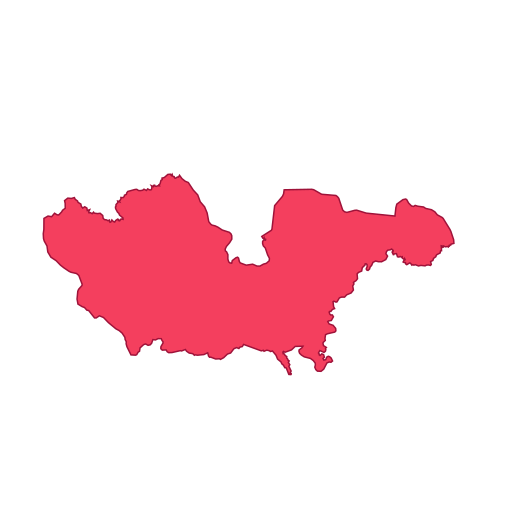 outline of Nong Muang Khai, Phrae, Thailand, rotated 335°
{"feature_id": "78962969B85613240213831", "entity_name": "Nong Muang Khai", "entity_type": "district", "adm_level": 2, "iso_a3": "THA", "parent_name": "Thailand", "parent_adm1": "Phrae", "projection": "robinson", "projection_center": [100.171, 18.294], "detail": "fine", "context": "isolated", "style": "filled", "palette": "rose", "viewbox_px": 512, "rotation_deg": 335, "n_neighbors": 0, "source": "geoboundaries", "source_scale": "gbopen_adm2", "svg_char_len": 6134}
<svg xmlns="http://www.w3.org/2000/svg" viewBox="0 0 512 512"><g transform="rotate(335 256 256)"><path d="M100.9,292.8L105.0,295.0L106.2,295.0L108.4,293.4L110.2,293.1L112.0,290.3L116.8,288.8L118.8,289.1L120.4,291.3L122.5,291.8L124.5,291.0L127.2,288.2L129.5,289.6L132.3,289.5L135.2,290.9L135.1,293.0L135.5,294.2L134.9,295.6L131.6,297.9L130.7,299.4L130.7,300.5L131.3,301.7L134.8,303.1L135.1,305.3L136.0,306.7L139.0,308.0L147.4,309.8L148.4,310.6L152.5,310.9L152.8,312.9L154.4,315.7L157.4,317.8L158.2,319.9L159.0,319.8L161.1,321.2L167.1,323.3L171.3,323.3L170.7,326.6L171.1,328.1L172.3,328.6L175.9,332.3L179.5,333.7L180.1,334.7L183.7,334.5L188.7,332.8L192.0,333.2L196.8,330.7L199.7,330.8L201.4,332.6L203.0,331.8L205.3,332.3L207.4,330.9L220.7,344.2L222.8,344.6L223.0,345.7L226.0,345.9L228.2,347.6L228.6,348.6L230.8,349.1L232.2,354.4L232.0,358.6L233.9,362.6L233.8,364.6L234.7,366.5L234.9,369.4L235.8,369.8L236.1,370.6L235.7,377.2L237.2,378.1L237.7,378.2L238.2,377.5L237.5,376.4L239.2,375.1L239.2,369.8L240.7,368.8L240.3,366.3L241.7,365.1L241.0,364.3L241.2,363.1L240.7,361.3L241.4,360.1L240.3,358.4L240.4,356.9L239.3,356.0L239.7,355.4L239.7,354.5L240.6,354.1L241.6,355.5L248.5,356.1L253.3,354.5L260.4,357.6L258.8,358.6L255.3,359.4L254.6,360.7L254.4,362.6L255.3,365.0L257.1,367.8L262.0,371.8L263.7,374.9L264.4,378.0L263.8,379.8L262.3,381.6L262.2,384.3L263.0,386.3L266.2,388.0L269.5,387.2L275.1,382.9L277.5,383.0L279.1,384.0L281.0,383.5L281.0,380.2L280.2,378.4L279.1,377.4L277.5,377.5L275.4,379.4L273.5,379.0L273.4,377.2L275.2,376.6L275.6,374.0L274.3,372.5L272.0,373.2L271.5,372.3L271.9,371.5L271.6,370.3L273.9,368.7L276.9,372.1L278.6,371.7L279.7,370.4L280.0,369.0L281.1,368.6L279.3,365.7L279.8,363.5L280.4,362.7L283.1,361.8L283.7,359.8L285.8,356.7L288.0,356.7L295.0,358.2L296.2,358.0L296.9,357.3L297.6,355.3L296.6,351.4L293.6,348.5L293.3,345.8L294.2,345.5L297.0,346.3L300.5,343.8L300.3,341.7L298.7,340.9L298.3,339.7L298.6,337.7L299.5,337.4L300.4,337.9L302.7,336.7L305.0,336.9L304.9,334.8L306.5,330.0L307.5,329.9L309.0,331.6L310.0,331.8L313.9,329.2L316.2,329.4L318.9,330.7L321.8,329.5L326.6,329.7L329.9,328.0L331.0,324.0L332.9,322.8L333.2,321.1L336.3,320.6L338.4,319.5L340.1,314.9L342.1,314.2L345.4,314.3L347.4,311.5L350.9,310.3L351.6,309.3L352.4,309.5L353.0,310.5L352.4,312.4L350.4,314.3L350.5,315.6L351.4,316.4L353.4,315.8L354.7,314.3L356.8,313.4L359.3,311.2L362.3,311.1L364.5,312.9L367.4,314.3L372.1,314.1L375.2,311.7L374.7,308.8L376.2,307.1L377.9,306.4L380.2,307.1L381.9,307.0L382.7,308.9L382.5,309.4L381.9,309.3L381.6,310.2L381.0,310.1L381.0,312.8L381.4,313.0L381.9,312.4L384.3,313.2L383.9,316.5L385.0,317.3L386.7,317.5L387.3,318.5L388.2,318.5L387.7,319.7L388.9,321.9L389.6,321.2L389.6,322.4L388.4,322.4L386.8,323.6L387.6,324.6L388.7,325.1L388.3,326.4L389.0,327.6L392.3,327.2L393.0,327.9L393.4,330.2L394.6,330.1L395.2,331.0L396.7,331.2L399.1,333.7L401.5,334.2L405.1,336.4L406.6,336.3L408.5,337.0L410.2,338.3L411.3,337.7L411.9,334.8L414.4,334.8L415.9,333.2L418.8,332.6L419.4,331.7L420.5,331.2L424.1,331.1L425.5,329.3L426.4,329.6L428.2,325.0L428.7,325.4L428.9,327.1L429.5,327.1L430.1,326.1L431.5,327.7L433.5,328.3L434.1,329.1L434.6,328.5L435.4,328.8L435.8,328.0L437.1,328.4L437.7,327.7L440.7,328.2L442.0,324.8L443.0,316.2L443.0,313.9L441.5,301.0L440.9,299.6L437.7,295.3L436.8,291.6L434.6,288.2L429.9,284.6L428.6,282.4L423.6,279.2L421.6,277.4L419.8,277.7L418.1,276.4L416.7,272.6L416.4,268.5L415.7,267.6L413.0,267.0L405.5,268.5L403.2,271.3L398.8,278.5L374.0,263.7L366.6,257.0L364.7,256.3L356.8,254.9L354.9,253.3L354.0,251.0L355.4,238.7L354.9,236.6L354.0,234.9L341.6,227.8L336.3,220.3L334.7,219.1L309.5,207.9L307.3,211.3L305.2,213.1L294.2,218.2L281.8,238.4L280.8,239.2L269.5,240.7L269.7,242.8L270.2,243.4L271.1,242.9L270.8,244.0L271.8,244.9L271.3,245.6L270.0,244.8L269.2,245.0L268.1,245.7L267.2,247.6L266.9,249.9L267.8,252.7L267.0,259.9L267.2,263.7L266.0,265.9L262.3,267.0L259.3,266.5L255.3,266.8L252.6,265.5L249.5,262.0L243.3,260.2L238.8,255.6L238.6,253.9L239.3,250.5L238.8,249.3L237.1,249.1L232.6,250.1L230.9,252.2L229.4,251.2L228.8,249.8L229.2,246.9L231.1,242.9L231.1,239.8L230.4,238.4L231.0,236.7L233.3,234.8L237.7,232.8L241.2,230.5L242.6,227.4L242.7,225.4L241.9,223.3L236.4,218.2L233.7,213.8L231.7,211.4L229.2,209.4L228.4,208.0L227.7,204.9L229.9,196.4L230.2,189.7L228.4,183.3L229.0,176.0L227.0,169.7L225.7,160.8L223.5,158.4L221.6,154.6L220.8,150.5L219.2,151.7L218.2,151.2L215.9,151.5L215.3,151.0L215.4,149.5L214.8,149.3L214.3,148.4L214.5,146.5L213.3,147.3L213.0,145.7L210.6,144.8L206.1,146.1L203.7,145.7L203.3,147.1L201.8,147.3L199.5,150.1L198.1,150.4L198.2,151.6L196.5,150.8L195.2,150.8L194.0,150.0L194.1,149.0L193.0,148.7L192.3,149.7L190.9,148.1L191.0,149.2L189.6,151.3L188.7,151.7L187.4,151.0L186.2,149.4L184.4,150.3L182.7,148.1L181.0,148.5L178.6,147.8L177.2,147.0L176.1,145.2L174.6,144.6L167.1,143.3L165.5,144.2L164.6,145.4L162.5,145.3L161.7,146.4L160.2,146.9L158.3,145.9L158.1,146.7L156.6,148.0L155.2,148.3L155.3,149.3L153.8,147.8L153.5,149.1L150.9,150.2L149.9,152.0L149.3,152.2L148.8,153.8L149.0,157.6L149.7,159.4L149.6,161.2L151.5,165.3L151.0,166.6L149.4,165.4L147.3,166.5L146.3,165.7L146.9,164.9L146.3,164.1L143.8,164.5L142.3,165.5L141.3,164.5L140.6,162.4L138.9,163.8L138.0,163.8L137.8,163.0L138.3,161.5L136.7,161.4L135.9,160.2L134.1,159.0L133.4,157.3L134.2,154.5L132.8,151.4L130.3,150.6L127.5,148.8L127.3,147.6L125.4,148.4L124.1,146.6L122.9,146.3L122.9,145.4L124.8,143.7L122.3,143.5L123.0,141.1L121.6,139.0L119.2,139.3L118.7,137.2L119.2,134.9L117.4,132.2L117.5,130.7L116.1,128.2L116.1,126.3L113.0,125.8L109.9,124.0L105.9,124.9L105.3,127.6L103.3,132.1L100.0,132.8L98.5,133.9L94.6,135.4L93.2,134.7L91.5,132.1L87.4,134.0L84.4,131.9L79.7,132.3L75.0,142.2L72.6,145.9L70.8,150.4L70.4,152.9L70.8,158.6L69.0,164.4L69.6,170.4L72.9,175.8L74.9,181.6L76.8,185.4L80.1,190.9L81.4,192.5L85.9,196.0L87.2,198.7L86.5,208.1L85.8,209.2L81.2,211.2L79.6,212.6L75.6,219.4L74.3,224.4L77.1,228.5L78.8,230.2L79.8,233.6L81.3,234.7L83.5,243.9L85.0,244.6L88.8,244.0L91.8,247.3L94.1,254.0L98.2,262.7L100.5,265.8L102.1,269.4L102.8,274.3L102.1,276.4L102.2,278.9L101.2,280.7L100.7,283.7L100.9,292.8Z" fill="#f43f5e" stroke="#9f1239" stroke-width="1.5"/></g></svg>